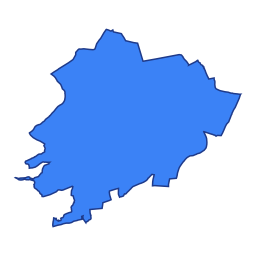 the district of Coseiu, Salaj, Romania
{"feature_id": "2599482B83775863976208", "entity_name": "Coseiu", "entity_type": "district", "adm_level": 2, "iso_a3": "ROU", "parent_name": "Romania", "parent_adm1": "Salaj", "projection": "robinson", "projection_center": [23.002, 47.332], "detail": "fine", "context": "isolated", "style": "filled", "palette": "blue", "viewbox_px": 256, "rotation_deg": 0, "n_neighbors": 0, "source": "geoboundaries", "source_scale": "gbopen_adm2", "svg_char_len": 5638}
<svg xmlns="http://www.w3.org/2000/svg" viewBox="0 0 256 256"><path d="M221.3,135.5L221.5,134.8L222.3,133.5L223.8,130.2L225.4,126.4L226.4,124.5L226.7,124.0L228.8,121.7L229.3,120.2L230.3,117.8L231.2,115.3L231.8,114.3L232.0,113.3L233.7,109.7L235.2,107.4L239.2,98.3L240.5,94.3L240.6,94.2L239.1,94.2L238.0,94.0L233.2,93.5L232.6,93.2L230.9,93.1L228.2,92.2L225.1,91.8L220.2,90.7L219.4,90.4L216.2,88.9L215.4,87.8L215.2,87.3L214.8,84.6L214.9,82.1L214.8,81.0L214.3,80.0L214.1,78.8L214.1,78.0L209.4,78.9L208.6,78.9L208.4,78.0L207.2,75.7L205.7,72.2L205.1,70.3L203.9,68.3L204.2,68.1L203.5,67.3L203.5,67.1L203.7,66.9L202.8,66.3L202.7,66.1L202.9,65.9L202.7,65.5L200.9,64.6L200.3,63.6L200.1,62.9L199.3,62.6L198.9,62.3L197.6,60.8L197.6,60.7L197.8,60.4L197.5,60.3L196.5,61.1L195.7,61.7L188.7,65.2L188.8,64.9L188.7,64.6L186.6,61.5L184.2,59.1L183.5,57.9L183.1,57.6L183.0,56.9L181.4,55.0L179.2,54.6L155.8,59.0L143.4,61.2L143.0,61.2L137.6,43.2L133.6,42.6L125.6,40.7L124.1,37.9L121.9,34.6L121.6,34.0L121.5,33.8L121.2,33.6L113.5,31.9L113.2,31.5L112.8,30.0L111.0,31.1L110.1,30.8L108.7,30.1L106.4,29.4L106.2,29.5L103.9,32.8L100.9,38.0L100.0,39.2L99.6,39.5L96.7,43.7L95.2,48.3L94.7,49.2L94.0,49.5L92.9,49.7L89.0,49.4L83.8,48.8L80.8,49.1L79.2,49.0L78.7,49.2L78.0,49.8L77.6,50.3L75.8,52.3L75.7,53.0L75.7,54.8L73.2,59.3L72.7,59.8L68.6,62.7L58.6,68.9L58.0,69.5L53.8,72.1L51.1,74.0L53.9,76.1L55.3,77.6L57.1,80.6L57.3,81.2L60.5,84.2L61.0,85.1L61.9,87.3L62.4,88.9L63.6,89.8L64.4,90.7L64.9,91.8L65.0,92.4L64.9,93.3L65.1,94.2L65.2,96.4L65.1,97.5L64.7,100.0L64.1,101.4L62.6,103.5L61.2,104.5L59.8,105.2L57.8,106.6L55.3,109.5L54.8,110.3L53.7,111.6L52.3,112.9L50.2,115.5L49.5,115.9L49.4,116.4L45.5,119.4L44.6,120.8L43.5,121.7L42.8,122.0L41.8,123.0L40.4,124.2L39.3,124.6L38.8,124.6L37.6,125.1L37.2,125.1L36.6,125.6L35.5,126.2L34.8,127.1L33.7,129.2L33.2,129.9L31.7,131.3L30.2,132.4L29.5,132.7L29.4,132.9L29.5,133.4L30.6,135.2L33.3,137.7L36.9,139.8L40.3,141.2L44.7,143.9L44.5,144.8L43.9,145.6L44.0,145.9L44.6,147.0L45.2,148.5L44.6,150.3L44.6,150.9L44.7,151.8L44.0,152.3L42.9,152.8L41.5,153.9L39.9,154.1L39.1,154.1L38.6,154.3L37.5,155.0L36.8,155.6L35.4,156.6L34.8,156.7L34.5,157.0L34.3,157.3L34.0,157.3L32.8,158.0L32.2,158.0L31.9,158.3L31.3,158.5L31.0,158.9L30.2,159.1L29.3,159.7L29.0,159.7L26.3,161.0L25.9,161.0L25.5,161.4L25.2,162.2L25.2,162.6L25.7,163.4L26.1,163.9L27.6,164.0L28.1,164.2L28.6,164.6L28.8,164.8L29.3,166.9L29.3,168.2L30.4,168.0L32.3,167.9L35.3,167.1L37.5,165.7L39.5,164.0L42.3,162.2L43.2,161.9L44.5,162.2L45.5,162.1L47.7,162.3L49.6,162.3L49.1,162.7L48.9,163.8L44.5,165.4L43.8,166.3L42.6,168.8L42.3,170.2L42.2,172.4L42.1,172.7L41.0,173.2L40.8,173.7L40.0,174.5L38.4,176.6L34.6,177.7L33.8,178.6L33.0,178.7L31.8,178.6L31.5,178.4L30.2,178.1L29.6,177.2L28.8,176.9L28.1,176.9L27.1,177.1L26.1,177.6L24.4,177.9L20.2,178.1L19.0,178.4L18.3,178.4L15.6,177.6L15.4,177.7L17.9,179.0L18.5,179.6L20.1,180.0L21.3,180.0L22.8,179.8L24.6,179.2L25.0,179.2L26.0,179.7L27.1,179.8L27.8,179.7L28.3,179.8L29.0,179.8L29.2,179.7L29.7,179.3L31.2,180.1L31.8,180.0L32.2,180.3L32.5,180.2L32.6,180.4L33.2,180.3L33.7,180.5L34.5,181.8L34.7,182.0L34.7,182.6L34.4,184.1L33.9,184.6L34.2,185.1L34.1,185.4L34.2,185.5L34.3,186.1L34.1,186.3L34.1,186.6L34.3,187.0L34.3,187.4L34.4,187.7L35.3,188.5L36.3,189.1L37.3,190.0L37.9,190.7L38.9,191.2L39.6,192.3L40.0,193.4L40.6,194.0L41.7,194.5L42.1,196.5L43.5,196.6L50.2,194.6L56.4,191.7L57.9,190.1L58.3,189.9L59.5,189.9L61.7,190.3L63.4,189.9L64.5,189.4L72.2,186.3L72.8,186.6L72.5,188.4L71.5,190.7L71.2,195.2L71.3,195.4L73.2,195.9L73.8,198.4L74.6,200.4L74.2,201.3L74.3,201.5L74.0,202.3L74.2,202.5L74.0,202.8L73.5,203.1L73.2,204.2L72.5,205.5L71.7,206.0L71.3,206.8L71.1,207.4L71.2,207.9L71.4,208.2L71.4,209.3L71.7,210.9L71.6,211.5L71.5,211.8L71.1,212.1L68.9,212.7L66.8,213.5L65.2,214.2L64.2,214.8L64.0,215.1L63.8,215.5L63.6,216.5L62.8,217.7L61.5,217.9L60.8,218.3L61.0,218.7L61.1,219.5L61.1,219.9L60.8,220.5L60.0,220.6L59.8,220.8L59.4,220.8L59.0,220.5L59.0,220.8L58.6,221.1L58.3,221.1L57.5,220.5L57.3,220.3L56.7,220.0L56.3,219.5L56.0,219.5L56.0,218.9L56.2,218.4L55.9,218.3L55.6,218.6L55.2,218.6L54.7,218.5L54.0,217.9L53.7,217.9L53.5,220.2L53.1,221.7L52.8,224.4L52.8,225.4L53.1,226.6L57.9,225.2L61.1,224.6L63.5,223.7L66.4,223.1L69.2,223.1L70.5,222.8L71.6,222.5L73.8,221.2L77.1,220.5L78.0,220.1L81.9,219.3L81.8,218.9L82.0,218.8L81.7,216.4L83.0,215.9L82.8,216.5L82.8,217.4L83.1,218.6L83.3,219.1L85.9,222.8L86.1,222.2L86.7,221.7L87.4,221.5L87.7,221.1L88.3,220.9L88.5,220.7L88.8,220.1L89.2,219.8L90.0,219.6L90.5,219.3L90.9,218.8L91.0,218.3L90.9,216.7L90.6,215.2L90.8,215.2L90.1,213.1L89.9,209.5L102.1,208.4L102.6,205.2L102.9,202.7L109.3,200.5L111.1,199.7L109.7,195.1L109.3,192.2L109.5,191.0L116.0,189.0L118.5,188.4L118.4,193.4L118.5,194.5L119.6,197.2L120.7,196.7L121.4,196.7L123.2,196.1L123.5,195.9L124.4,194.0L124.8,193.8L125.5,194.0L126.0,193.7L126.4,193.3L126.9,192.6L129.2,190.4L129.9,189.6L131.0,188.6L131.3,188.1L132.9,186.6L140.0,183.5L140.7,183.4L143.6,182.2L146.2,180.6L147.5,179.4L147.9,178.3L148.4,178.1L151.9,174.4L154.2,174.8L153.1,179.2L152.7,181.8L152.5,185.8L154.8,185.6L168.5,186.5L168.5,184.3L169.6,178.9L176.3,178.3L176.7,177.2L177.2,175.1L177.5,173.0L179.0,168.3L179.8,166.7L181.7,163.9L183.1,162.0L184.0,161.1L185.1,159.6L186.5,158.1L187.2,157.5L189.9,155.9L193.1,155.6L194.9,154.8L196.3,154.3L197.3,153.7L199.3,153.2L200.3,152.8L203.7,150.5L204.0,150.4L205.7,148.4L206.0,147.9L206.4,146.7L206.8,144.4L206.9,142.3L206.6,138.6L206.2,137.1L204.3,132.9L203.7,131.7L203.8,131.6L210.4,133.8L212.8,134.5L213.8,135.0L214.8,135.1L215.7,136.0L216.2,136.1L217.2,135.5L217.6,135.4L221.0,135.6L221.3,135.5Z" fill="#3b82f6" stroke="#1e3a8a" stroke-width="1.5"/></svg>